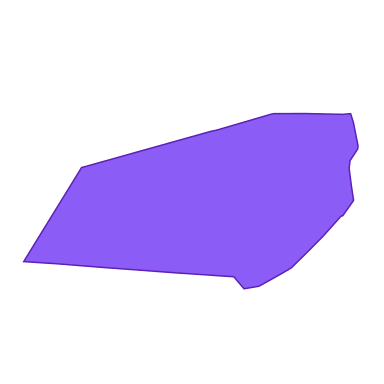 Reifi Shamal Ad Delta, Kassala, Sudan, rotated 275°
{"feature_id": "16777658B72922457996803", "entity_name": "Reifi Shamal Ad Delta", "entity_type": "district", "adm_level": 2, "iso_a3": "SDN", "parent_name": "Sudan", "parent_adm1": "Kassala", "projection": "robinson", "projection_center": [35.98, 16.599], "detail": "fine", "context": "isolated", "style": "filled", "palette": "violet", "viewbox_px": 384, "rotation_deg": 275, "n_neighbors": 0, "source": "geoboundaries", "source_scale": "gbopen_adm2", "svg_char_len": 692}
<svg xmlns="http://www.w3.org/2000/svg" viewBox="0 0 384 384"><g transform="rotate(275 192 192)"><path d="M100.1,252.3L100.2,252.6L101.6,257.9L104.0,267.0L119.3,289.5L125.2,297.7L126.4,298.7L142.0,312.0L159.2,326.3L180.0,341.9L181.3,343.1L181.4,344.2L197.5,353.6L198.6,353.5L212.2,350.2L225.6,347.3L229.3,346.5L236.2,346.7L237.0,346.7L246.8,352.0L249.3,353.3L252.5,353.4L275.4,346.7L283.9,343.2L282.5,335.4L280.0,297.7L277.2,266.7L276.3,263.7L255.7,210.9L254.0,205.3L240.0,168.1L233.9,152.0L206.8,80.1L206.8,79.9L154.1,53.5L137.8,45.3L108.0,30.4L108.1,35.6L108.7,62.5L109.1,112.6L110.1,187.2L111.2,241.0L100.1,252.3L100.1,252.3Z" fill="#8b5cf6" stroke="#5b21b6" stroke-width="1.5"/></g></svg>